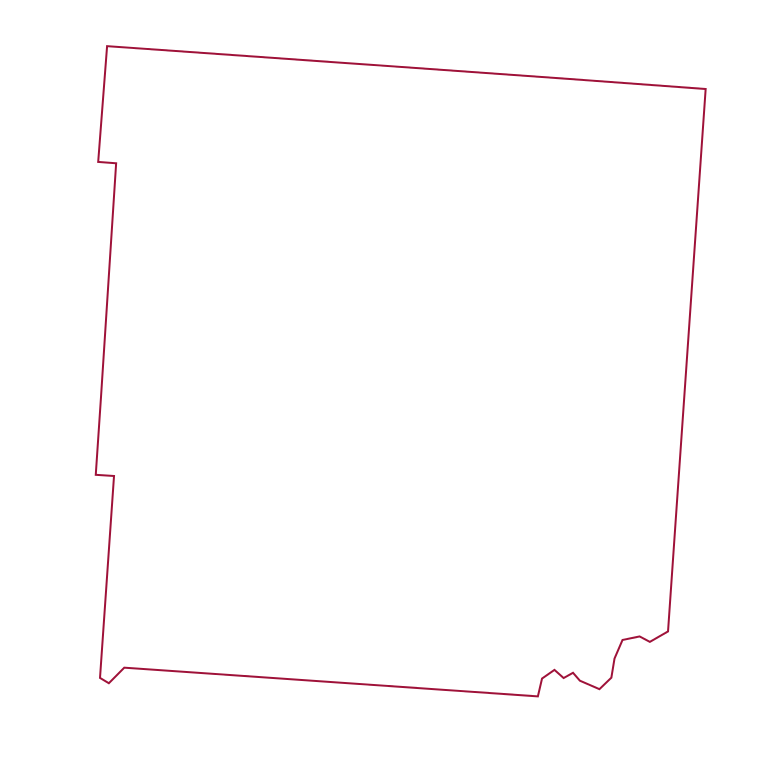 the district of Oglala Lakota, South Dakota, United States of America, rotated 184°
{"feature_id": "52423323B93521061144521", "entity_name": "Oglala Lakota", "entity_type": "district", "adm_level": 2, "iso_a3": "USA", "parent_name": "United States of America", "parent_adm1": "South Dakota", "projection": "mercator", "projection_center": [-102.605, 43.353], "detail": "fine", "context": "isolated", "style": "outline", "palette": "rose", "viewbox_px": 768, "rotation_deg": 184, "n_neighbors": 0, "source": "geoboundaries", "source_scale": "gbopen_adm2", "svg_char_len": 493}
<svg xmlns="http://www.w3.org/2000/svg" viewBox="0 0 768 768"><g transform="rotate(184 384 384)"><path d="M83.5,273.3L83.7,700.7L220.0,701.2L419.2,701.5L449.8,701.5L683.8,701.7L684.6,585.6L666.6,585.5L665.4,351.5L665.2,273.3L646.9,273.4L646.8,71.0L637.6,66.3L623.3,82.9L208.7,83.1L205.8,101.2L194.0,110.7L184.3,103.2L175.3,109.1L167.9,101.7L147.8,94.6L136.7,106.9L134.9,126.2L128.2,145.3L111.4,150.0L100.8,145.3L83.4,157.0L83.5,273.3Z" fill="none" stroke="#9f1239" stroke-width="2"/></g></svg>